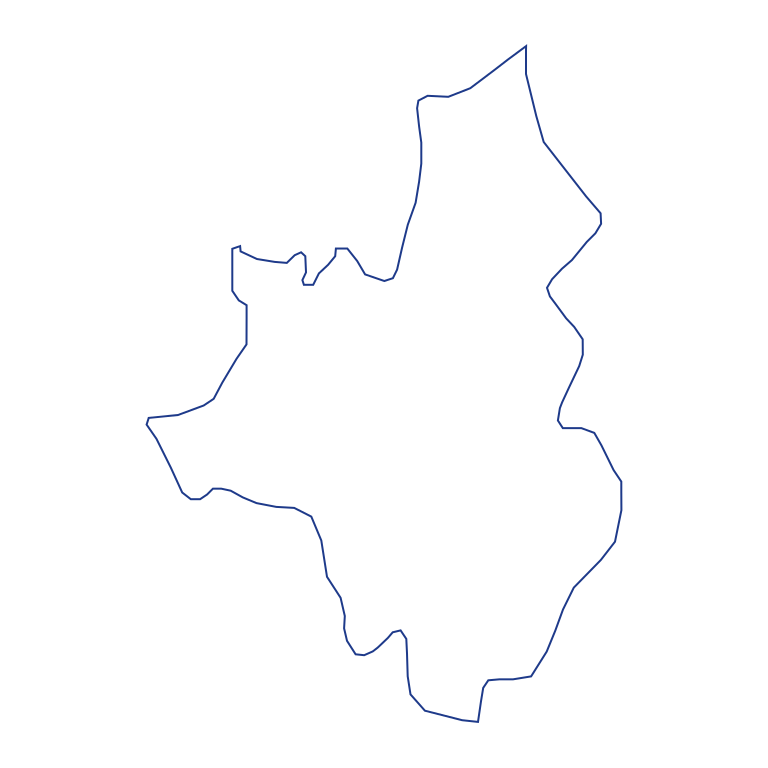 outline of Veles
{"feature_id": "MKD-2915", "entity_name": "Veles", "entity_type": "Statistical Region", "adm_level": 1, "iso_a3": "MKD", "parent_name": "North Macedonia", "parent_adm1": "", "projection": "orthographic", "projection_center": [21.727, 41.757], "detail": "fine", "context": "isolated", "style": "outline", "palette": "blue", "viewbox_px": 768, "rotation_deg": 0, "n_neighbors": 0, "source": "natural_earth", "source_scale": "10m", "svg_char_len": 1727}
<svg xmlns="http://www.w3.org/2000/svg" viewBox="0 0 768 768"><path d="M190.8,499.2L182.2,492.5L170.8,467.6L156.5,438.9L146.6,424.6L148.2,419.6L148.7,417.9L178.0,415.0L203.7,405.5L213.7,398.8L222.3,382.6L236.6,358.7L246.5,344.4L246.6,317.6L246.6,305.2L238.8,300.4L232.3,290.8L232.3,280.3L232.3,263.1L232.3,248.8L240.1,246.1L240.6,251.4L256.9,259.0L274.7,261.9L286.8,262.9L294.7,255.2L301.1,252.3L305.3,256.2L306.0,272.4L302.4,280.1L303.9,284.8L313.2,284.8L318.9,273.4L328.1,264.8L335.2,256.2L335.9,248.5L347.3,248.5L357.2,261.0L365.1,274.4L384.3,281.0L392.9,278.2L397.1,269.6L402.1,247.6L407.8,224.7L415.6,202.8L419.1,181.7L421.3,163.6L421.3,142.6L419.1,126.4L417.1,108.2L418.4,100.6L427.6,95.8L448.3,96.8L470.3,88.2L494.4,70.0L508.0,59.5L526.1,46.1L526.0,50.5L526.0,74.0L536.3,116.1L543.7,142.0L564.9,169.2L586.1,196.4L600.6,213.3L601.1,223.8L595.4,233.3L586.8,241.9L571.9,260.1L562.0,268.7L552.1,279.2L547.0,287.8L549.9,296.4L555.6,304.0L566.2,318.4L574.2,326.9L582.7,339.3L582.8,354.7L579.2,366.1L569.2,387.1L562.1,402.4L559.9,408.1L557.9,420.5L562.8,428.1L571.4,428.1L581.3,428.1L594.3,432.9L601.4,445.3L613.6,470.1L621.3,481.6L621.3,492.1L621.4,510.2L615.0,541.7L600.9,559.9L573.8,587.6L563.0,609.5L555.3,630.6L546.7,651.6L531.1,676.4L513.2,679.3L499.7,679.3L488.3,680.3L483.2,687.9L481.0,701.3L478.0,721.9L462.1,720.2L424.9,710.7L410.5,694.4L407.7,676.3L407.0,653.3L406.3,638.9L400.6,630.4L392.7,632.3L387.8,638.0L377.7,647.6L372.8,651.4L364.2,655.2L355.6,654.3L347.0,640.8L344.1,628.4L344.8,616.0L340.6,597.8L327.0,576.8L321.3,540.5L311.3,516.6L294.2,507.9L276.3,506.9L256.5,503.1L242.8,497.4L230.7,490.7L221.4,488.7L212.9,488.7L207.1,494.5L200.1,499.2L190.8,499.2Z" fill="none" stroke="#1e3a8a" stroke-width="2"/></svg>